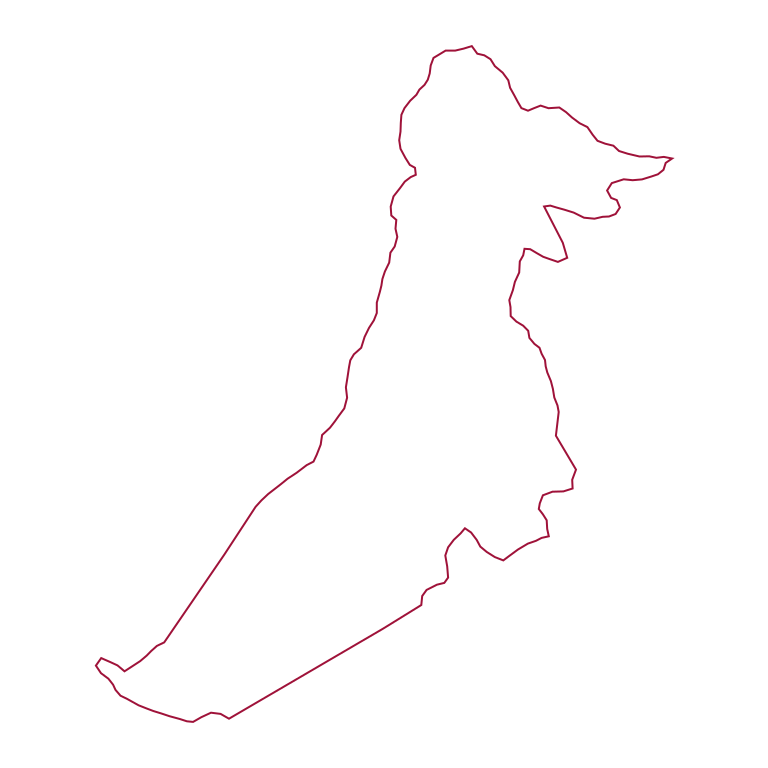 the district of Lajedo do Tabocal, Bahia, Brazil
{"feature_id": "56859067B65059372475472", "entity_name": "Lajedo do Tabocal", "entity_type": "district", "adm_level": 2, "iso_a3": "BRA", "parent_name": "Brazil", "parent_adm1": "Bahia", "projection": "mercator", "projection_center": [-40.267, -13.448], "detail": "fine", "context": "isolated", "style": "outline", "palette": "rose", "viewbox_px": 768, "rotation_deg": 0, "n_neighbors": 0, "source": "geoboundaries", "source_scale": "gbopen_adm2", "svg_char_len": 2734}
<svg xmlns="http://www.w3.org/2000/svg" viewBox="0 0 768 768"><path d="M672.1,158.5L663.8,156.9L656.4,157.8L649.2,156.3L639.5,156.5L627.6,153.7L619.0,151.0L613.4,145.7L605.2,143.7L597.5,140.8L592.7,134.8L587.4,127.1L579.6,123.2L572.0,117.5L566.0,112.1L559.3,107.5L548.5,108.2L540.6,105.6L534.2,108.1L528.0,110.7L521.4,108.1L517.9,102.1L514.1,95.0L510.1,87.8L508.3,80.3L502.7,72.7L494.9,66.2L490.5,59.2L484.3,55.3L477.3,53.7L471.8,46.1L463.7,48.6L455.2,50.6L445.6,50.6L438.5,54.9L433.5,57.9L430.7,65.5L429.7,73.5L427.8,79.7L424.5,84.9L419.4,89.6L416.4,94.8L410.2,100.7L404.5,108.1L401.4,114.8L400.8,123.0L400.5,131.6L399.2,140.2L400.5,148.8L405.4,157.9L409.8,164.9L415.0,167.8L415.8,174.8L410.7,177.1L404.8,181.6L400.1,188.0L393.5,196.4L390.7,206.6L391.3,215.5L396.3,219.9L395.5,228.7L397.3,236.9L394.7,246.5L390.4,252.7L389.2,262.6L384.9,271.5L382.4,279.0L381.4,285.6L379.9,291.7L376.8,302.6L376.8,313.0L373.9,320.3L369.0,327.9L364.6,336.9L361.2,347.8L353.9,354.3L350.3,360.3L349.0,367.2L347.5,377.3L345.9,387.3L347.1,397.7L344.3,408.4L338.6,416.1L335.0,421.2L330.0,427.7L322.1,435.0L320.7,444.6L316.7,454.8L313.5,461.6L306.7,465.1L296.6,472.8L287.6,478.7L280.7,484.3L274.8,488.9L268.2,494.0L261.4,500.4L255.6,506.8L224.3,554.6L164.2,642.4L156.9,645.9L151.1,651.1L146.7,655.6L140.2,661.1L133.0,665.8L124.5,671.3L117.5,665.4L110.8,662.3L101.2,658.1L95.9,665.6L101.0,673.2L108.4,678.7L113.1,684.7L115.5,689.9L120.5,695.7L127.1,698.9L132.3,701.8L138.6,705.3L146.7,708.5L153.3,711.0L161.4,713.5L169.5,716.2L179.8,719.0L186.9,721.3L193.1,721.9L201.3,717.2L211.0,712.7L220.6,713.9L229.0,718.7L383.0,628.7L421.3,605.0L422.2,596.0L426.6,589.9L436.9,584.7L444.3,582.9L448.1,577.6L447.2,566.4L445.3,555.5L448.1,547.3L453.8,539.8L460.6,533.4L464.9,528.3L471.1,532.5L476.7,539.9L480.3,546.6L486.8,552.0L494.9,557.1L503.3,560.4L509.3,555.9L518.0,549.5L527.9,543.6L536.0,540.8L541.6,537.9L548.8,536.3L547.2,529.0L546.7,520.3L542.9,514.3L538.8,509.0L539.8,503.3L542.9,495.3L552.5,491.7L563.4,491.4L572.6,488.5L572.2,479.8L576.0,469.6L555.9,435.7L558.7,412.0L557.5,405.5L554.3,397.5L552.9,388.9L550.9,381.1L547.3,372.5L545.7,366.4L545.0,360.0L541.6,353.7L539.5,347.8L534.4,343.9L529.4,337.9L528.2,330.8L523.2,325.7L516.4,321.6L510.7,316.1L510.5,307.1L509.3,300.1L512.9,290.1L514.9,281.9L519.2,272.5L519.8,261.4L523.2,255.3L524.5,248.8L530.2,249.2L536.4,252.9L543.2,256.8L549.4,259.0L557.9,261.9L567.2,257.8L562.8,242.8L544.1,206.5L550.3,205.6L556.5,207.5L564.4,209.7L573.7,212.6L584.0,217.7L594.5,218.7L602.7,216.8L609.0,216.5L615.6,214.0L619.9,207.5L616.8,200.1L611.1,197.9L607.1,190.5L611.8,183.1L623.7,179.3L632.7,180.2L642.0,179.4L651.4,176.5L657.9,174.3L663.5,169.8L665.7,162.9L672.1,158.5Z" fill="none" stroke="#9f1239" stroke-width="2"/></svg>